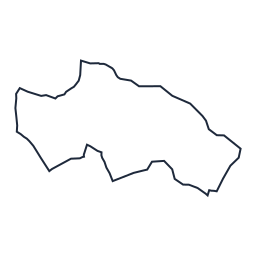 Igbo-Etiti, Enugu, Nigeria
{"feature_id": "59680162B4108100426512", "entity_name": "Igbo-Etiti", "entity_type": "district", "adm_level": 2, "iso_a3": "NGA", "parent_name": "Nigeria", "parent_adm1": "Enugu", "projection": "mercator", "projection_center": [7.419, 6.684], "detail": "fine", "context": "isolated", "style": "outline", "palette": "slate", "viewbox_px": 256, "rotation_deg": 0, "n_neighbors": 0, "source": "geoboundaries", "source_scale": "gbopen_adm2", "svg_char_len": 1172}
<svg xmlns="http://www.w3.org/2000/svg" viewBox="0 0 256 256"><path d="M19.8,88.1L16.1,93.9L16.3,98.3L15.4,108.1L16.4,117.3L17.2,125.5L16.8,131.7L20.7,134.1L23.9,136.8L26.9,138.7L27.2,139.0L29.4,141.2L33.3,145.8L38.1,153.5L40.5,157.4L48.8,170.3L49.3,171.1L52.0,169.0L60.1,164.6L71.0,158.7L78.1,158.4L79.9,158.3L82.5,157.0L84.0,156.7L83.8,155.7L83.9,154.2L84.2,153.5L87.0,144.7L90.4,146.3L92.7,147.8L97.5,150.9L101.5,152.3L101.4,155.3L102.2,157.9L104.5,161.9L106.4,167.6L109.6,173.2L112.7,181.1L133.6,172.9L143.3,170.5L147.2,169.6L152.0,161.7L164.1,160.9L172.2,169.3L174.7,178.9L183.1,184.6L188.9,184.7L197.6,188.0L205.7,193.7L207.6,195.4L209.2,190.2L211.4,190.7L213.9,190.8L216.7,191.3L223.0,178.7L230.4,165.7L238.7,157.7L240.6,148.7L224.0,135.4L216.8,135.2L208.8,129.2L206.0,120.7L202.5,116.0L190.2,103.6L172.3,95.8L160.4,86.2L139.1,86.3L131.1,80.6L120.3,78.8L117.8,77.2L116.3,75.1L114.0,70.3L112.3,68.3L105.7,64.5L103.8,63.9L99.7,63.9L98.7,63.2L90.2,63.4L81.0,60.6L80.2,75.1L78.7,80.7L76.7,83.3L76.1,84.1L73.9,86.8L71.5,88.2L68.8,90.0L66.1,91.8L64.4,94.4L57.6,96.3L55.4,98.5L46.1,95.1L41.2,95.9L27.7,91.7L19.8,88.1Z" fill="none" stroke="#1e293b" stroke-width="2"/></svg>